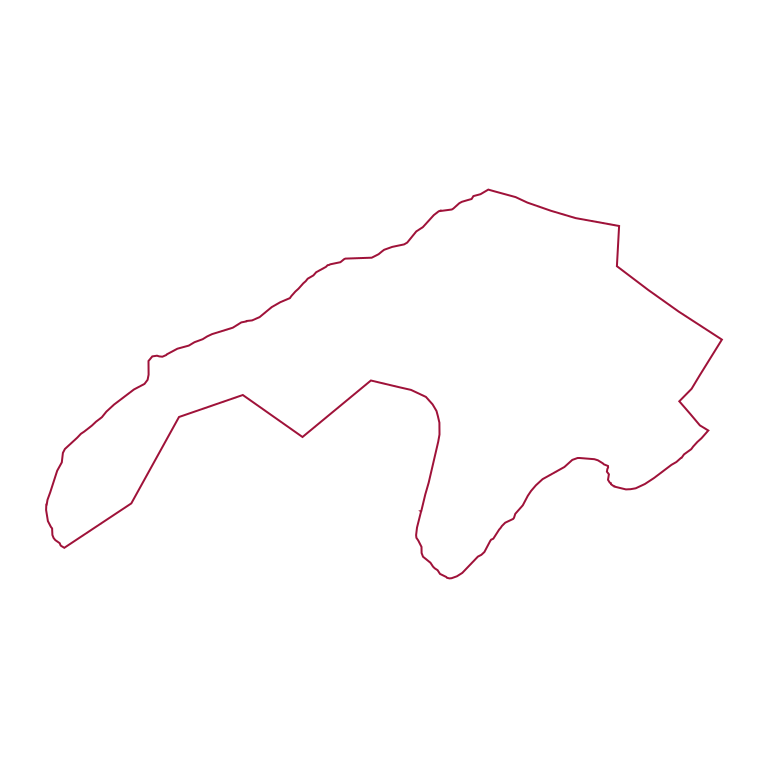 outline of Pango, Shefa, Vanuatu
{"feature_id": "77236927B36499931511312", "entity_name": "Pango", "entity_type": "district", "adm_level": 2, "iso_a3": "VUT", "parent_name": "Vanuatu", "parent_adm1": "Shefa", "projection": "mercator", "projection_center": [168.281, -17.771], "detail": "fine", "context": "isolated", "style": "outline", "palette": "rose", "viewbox_px": 768, "rotation_deg": 0, "n_neighbors": 0, "source": "geoboundaries", "source_scale": "gbopen_adm2", "svg_char_len": 2491}
<svg xmlns="http://www.w3.org/2000/svg" viewBox="0 0 768 768"><path d="M488.3,189.6L480.5,194.2L473.4,196.1L471.6,199.0L467.3,200.2L461.9,201.8L459.3,203.2L453.3,208.6L451.8,209.5L440.4,211.0L440.4,210.7L438.7,211.3L433.8,215.1L422.9,227.1L416.3,231.4L407.2,242.6L404.1,244.4L392.2,246.9L384.1,249.8L382.0,251.4L378.6,254.2L375.1,256.0L371.7,257.7L345.4,258.6L344.2,259.1L340.4,262.2L330.3,264.3L328.9,265.0L327.6,265.2L325.9,266.9L316.2,272.2L313.4,275.4L307.7,278.7L305.7,281.2L303.3,283.3L298.5,288.7L295.4,291.5L291.3,296.1L289.9,298.1L280.3,302.2L271.7,307.1L259.6,317.1L252.1,320.4L246.5,321.0L246.4,321.4L241.3,322.4L232.8,327.7L212.1,334.1L207.2,336.4L202.7,339.2L194.5,342.2L188.8,345.6L177.4,348.7L166.9,354.3L166.3,355.0L162.4,356.7L159.3,356.4L157.0,355.7L152.3,356.4L148.5,361.0L148.6,374.7L147.6,379.8L144.5,383.9L133.9,389.5L114.0,404.6L106.4,411.6L101.9,417.2L96.0,421.7L92.0,425.5L84.2,431.6L80.9,433.8L77.3,437.6L64.9,449.0L62.9,452.9L61.8,462.4L57.2,470.7L50.2,492.4L47.5,499.8L46.7,504.7L46.3,504.7L46.1,510.0L47.9,521.1L50.9,526.9L52.1,528.4L52.4,535.0L53.6,538.0L55.3,540.1L59.7,543.2L60.6,545.4L61.0,545.8L64.3,547.8L131.3,503.4L179.0,417.0L242.8,395.0L302.5,437.0L370.9,380.5L398.7,387.1L411.0,389.9L425.9,396.9L432.6,404.4L436.5,411.0L437.9,416.2L439.4,422.7L439.5,434.5L438.2,441.8L428.7,482.6L425.3,494.4L421.3,511.0L420.8,511.1L421.1,511.3L417.0,527.6L416.1,535.1L416.4,537.8L418.2,540.4L421.5,546.9L421.6,553.0L423.0,556.7L430.5,562.8L433.0,566.6L434.7,568.3L437.6,570.2L440.0,573.9L446.3,577.0L447.0,577.8L449.5,578.4L451.6,578.2L456.9,576.3L462.3,572.9L477.9,556.6L481.4,554.8L484.4,552.0L490.2,541.0L491.1,539.7L493.3,538.7L499.2,529.5L500.4,528.2L501.9,526.0L505.2,522.7L513.2,518.9L514.0,517.8L515.3,513.8L522.8,505.3L527.8,495.8L531.1,490.9L535.9,485.3L542.0,479.7L542.5,479.2L564.4,467.0L572.3,459.9L577.6,458.0L578.1,458.0L579.6,458.0L594.4,459.2L597.9,460.3L602.8,463.3L603.8,464.3L608.0,466.0L608.1,467.5L607.4,468.9L606.9,471.7L608.9,474.3L608.0,479.8L609.8,482.7L610.9,483.2L611.0,484.2L613.2,485.8L614.4,486.2L614.4,486.6L625.9,489.4L630.5,489.2L635.7,488.3L644.9,484.0L653.9,478.1L671.5,464.8L676.4,462.0L681.0,457.9L681.5,457.9L684.0,454.4L691.3,449.1L693.2,446.5L697.4,441.9L701.6,438.1L708.3,430.5L699.9,425.4L690.4,414.1L679.3,401.3L691.6,388.8L699.6,375.5L721.9,339.6L678.7,311.6L648.3,290.0L616.9,266.2L619.1,226.0L575.6,218.1L551.0,210.8L527.4,202.6L515.6,197.1L493.6,191.1L488.3,189.6Z" fill="none" stroke="#9f1239" stroke-width="2"/></svg>